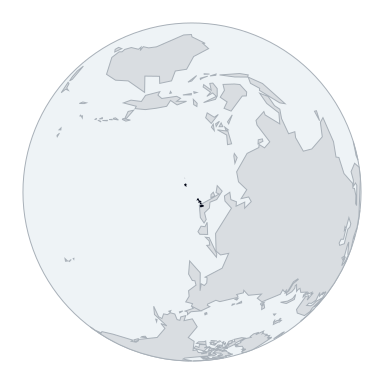 the Earth from above Tokyo, rotated 157°
{"feature_id": "JPN-1860", "entity_name": "Tokyo", "entity_type": "Metropolis", "adm_level": 1, "iso_a3": "JPN", "parent_name": "Japan", "parent_adm1": "", "projection": "orthographic", "projection_center": [140.896, 30.045], "detail": "fine", "context": "on_globe", "style": "filled", "palette": "ink", "viewbox_px": 384, "rotation_deg": 157, "n_neighbors": 0, "source": "natural_earth", "source_scale": "10m", "svg_char_len": 11400}
<svg xmlns="http://www.w3.org/2000/svg" viewBox="0 0 384 384"><g transform="rotate(157 192 192)"><circle cx="192" cy="192" r="169" fill="#eef3f6" stroke="#a8b0b8"/><path d="M294.4,295.6L294.4,296.4L294.2,296.6L294.4,295.6ZM333.6,99.8L331.1,97.1L335.5,102.8L338.4,107.6L337.1,105.8L335.4,102.9L330.6,97.7L329.5,98.7L320.4,92.1L304.3,78.7L306.3,78.3L302.2,75.6L299.5,76.0L298.7,77.1L280.9,71.7L270.2,77.0L272.0,83.1L267.5,78.6L274.4,93.9L271.9,101.8L271.5,90.3L269.1,87.2L265.8,90.9L262.5,88.7L259.1,89.3L255.5,86.4L255.6,80.4L253.3,78.6L251.1,81.4L246.1,80.7L249.6,76.7L241.3,75.1L239.9,65.9L252.3,59.5L248.4,53.7L253.0,45.7L249.4,44.8L248.9,41.8L244.7,39.7L246.7,39.3L241.5,38.1L240.5,39.0L237.8,38.8L235.2,37.8L237.4,36.9L239.0,37.3L238.3,36.5L240.5,36.6L237.9,36.0L240.8,35.3L234.1,34.6L233.2,32.9L236.2,32.9L240.9,34.7L259.4,40.7L263.9,42.0L265.5,41.7L258.1,36.7L260.9,37.8L261.1,37.8L271.9,43.1L282.4,49.2L292.3,56.1L301.8,63.6L310.7,71.7L319.0,80.5L326.6,89.9L333.6,99.8ZM257.0,36.0L255.8,35.6L248.6,32.9L247.6,33.0L244.5,32.2L241.4,31.9L236.5,30.2L233.5,28.7L235.8,29.0L234.5,28.5L228.0,27.1L228.1,26.9L242.7,30.8L257.0,36.0ZM334.9,180.4L333.5,177.1L335.5,177.7L334.9,180.4ZM331.9,176.0L332.6,176.9L331.8,176.4L331.9,176.0ZM330.9,176.3L331.6,176.1L330.9,176.7L330.9,176.3ZM329.6,177.1L330.3,176.5L330.2,176.7L329.6,177.1ZM327.3,177.2L326.6,177.1L327.1,176.2L327.3,177.2ZM298.8,78.0L299.8,76.3L303.4,77.0L303.0,78.6L298.8,78.0ZM291.4,77.5L290.9,75.8L295.5,78.3L294.4,78.5L291.4,77.5ZM274.0,88.3L275.3,86.3L275.1,89.1L274.0,88.3ZM259.2,89.9L259.9,91.3L257.8,91.1L259.2,89.9ZM244.3,33.0L242.9,32.5L244.2,32.8L244.3,33.0ZM244.3,33.5L246.8,34.2L247.1,34.6L245.6,34.1L244.3,33.5ZM250.4,86.6L246.9,86.1L250.5,85.6L250.4,86.6ZM241.1,32.6L247.5,35.2L248.0,35.9L242.6,34.9L241.1,32.6ZM244.9,85.1L236.4,84.4L237.1,87.2L230.3,79.1L239.8,82.2L244.1,80.9L243.0,83.2L244.9,85.1ZM241.3,39.7L242.3,38.7L243.8,40.5L241.3,39.7ZM242.9,40.9L251.5,47.5L248.7,48.7L246.4,46.1L244.7,48.7L239.1,46.1L238.8,44.0L241.7,43.7L237.3,43.0L242.9,40.9ZM227.9,74.9L225.8,74.0L228.0,73.8L227.9,74.9ZM236.9,38.9L238.9,40.0L236.6,41.1L232.2,39.1L234.3,39.4L236.9,38.9ZM247.0,50.9L244.5,51.5L239.3,49.5L237.6,49.5L238.7,46.1L247.0,50.9ZM233.5,38.6L230.0,38.2L228.7,36.8L234.8,38.0L233.5,38.6ZM237.8,42.2L236.5,42.7L235.8,41.8L237.8,42.2ZM222.1,32.4L224.6,33.3L223.6,33.9L222.1,32.4ZM228.8,38.1L229.3,38.6L229.1,39.0L226.6,38.5L228.8,38.1ZM235.0,45.1L233.3,44.2L234.2,46.3L230.4,45.1L231.8,43.1L229.6,43.5L228.4,43.2L230.9,42.0L235.0,45.1ZM223.7,39.3L224.2,36.8L219.9,34.8L220.7,34.1L227.4,37.6L223.7,39.3ZM227.7,41.0L225.4,39.8L227.5,39.4L230.4,40.0L227.7,41.0ZM227.2,45.1L232.8,47.4L232.3,47.8L227.2,45.1ZM222.0,38.8L222.0,39.4L221.5,38.6L222.0,38.8ZM225.2,43.1L227.2,43.9L226.6,44.3L225.2,43.1ZM220.1,40.2L220.3,39.3L222.2,39.6L220.1,40.2ZM222.1,41.6L220.7,42.0L222.8,40.3L223.1,41.8L222.1,41.6ZM224.3,43.4L224.5,43.9L223.5,43.1L224.3,43.4ZM212.6,39.8L214.8,37.5L219.1,38.1L216.4,40.1L212.6,39.8ZM56.0,91.7L53.5,95.4L60.9,87.4L67.5,77.9L73.5,71.7L72.2,75.3L67.2,84.7L69.4,82.7L76.7,73.5L79.8,72.9L79.7,70.3L76.6,73.4L76.5,72.0L79.3,69.2L80.3,68.9L83.0,65.7L77.7,68.5L73.9,72.0L78.4,66.9L74.1,70.9L84.9,61.3L96.5,52.6L108.8,44.9L121.7,38.4L121.8,38.4L118.3,40.2L124.2,38.2L123.2,39.1L120.0,39.9L115.9,41.7L108.0,47.5L108.2,48.0L112.7,46.5L109.9,48.6L115.3,46.3L113.6,49.6L120.1,44.0L125.6,42.8L127.8,44.0L130.8,42.8L127.2,40.9L124.6,41.1L120.6,42.8L114.8,43.5L116.3,42.1L126.8,38.1L130.0,35.9L136.8,34.3L142.4,39.4L141.7,43.0L128.2,51.4L124.9,50.9L128.2,47.5L119.7,51.8L123.0,50.9L120.7,52.8L125.4,52.7L124.0,54.2L130.8,51.9L129.6,53.6L125.3,55.0L131.1,57.1L130.2,61.1L132.2,60.9L134.6,59.6L131.9,65.9L133.5,65.5L135.0,63.2L139.1,61.2L145.4,60.2L144.1,62.4L141.7,63.0L134.7,68.1L128.4,69.9L128.5,70.7L133.7,69.7L142.2,63.5L146.4,62.3L142.7,65.3L144.4,64.1L146.0,64.3L146.5,66.6L150.6,63.4L170.6,63.6L173.4,68.7L167.9,70.9L180.5,74.9L182.7,81.3L184.1,79.1L191.0,80.2L190.4,78.1L191.6,77.2L209.2,80.2L212.3,83.0L221.5,82.7L222.2,81.7L220.4,79.5L230.3,79.1L237.1,87.2L235.1,89.0L240.7,93.3L235.4,97.1L233.7,102.5L224.7,104.7L224.0,109.2L226.3,110.4L227.2,117.8L221.1,129.5L216.0,114.4L223.2,97.9L219.4,103.9L217.2,101.1L214.0,102.5L211.6,107.1L213.2,108.5L194.0,110.1L182.2,121.2L190.3,122.9L192.9,128.2L186.5,144.6L162.0,161.7L165.2,170.8L163.7,175.7L157.3,177.0L159.2,169.8L154.9,165.7L157.0,161.7L147.4,162.1L149.9,156.5L141.2,160.0L141.8,165.3L149.4,166.7L140.7,172.7L145.2,183.2L143.0,193.2L126.2,206.0L113.1,206.8L111.7,209.5L108.0,204.3L100.8,207.8L106.0,228.2L105.1,232.9L94.4,238.0L94.6,234.4L84.6,220.4L81.1,230.9L88.6,244.3L91.1,256.5L84.6,250.2L82.3,239.2L78.8,233.9L80.9,224.5L80.3,207.9L73.8,207.3L75.4,201.5L73.6,186.1L64.9,184.8L50.5,191.9L46.6,206.0L42.4,209.3L42.1,183.0L45.8,167.9L43.3,166.4L44.9,149.6L40.8,137.1L42.4,132.6L41.1,131.8L42.6,124.5L45.9,117.5L45.8,115.2L37.7,133.7L38.0,136.4L41.3,134.2L38.8,139.9L37.6,148.6L31.1,154.9L28.5,149.4L31.9,138.2L48.9,102.3L50.4,100.0L50.6,99.7L51.1,99.1L48.9,102.3L53.0,96.0L44.6,109.5L56.0,91.7ZM26.8,156.5L26.7,161.8L25.9,165.2L23.9,175.4L26.8,156.5ZM58.2,100.8L57.6,107.1L64.3,98.5L64.7,100.4L66.8,97.0L64.8,97.9L71.0,89.3L73.2,90.3L76.5,87.5L76.9,85.2L72.0,84.9L63.1,96.9L60.4,98.0L58.2,100.8ZM134.6,33.1L142.6,30.6L140.2,31.5L140.0,31.4L137.5,32.3L136.4,32.5L125.2,36.8L134.6,33.1ZM170.3,25.2L174.2,25.0L163.9,27.2L161.4,27.2L165.7,25.7L171.1,25.0L170.3,25.2ZM230.2,30.7L232.4,31.3L231.8,31.4L229.4,31.1L230.2,30.7ZM223.3,32.7L220.1,28.7L222.4,29.0L217.7,26.9L222.0,27.0L224.9,28.3L224.7,27.1L229.0,28.3L228.2,27.5L234.2,30.4L238.1,31.9L232.1,30.1L228.1,29.9L227.5,30.2L228.7,32.4L235.1,35.8L232.1,36.5L228.3,36.1L226.3,35.4L228.9,35.1L224.4,34.3L226.6,33.4L223.3,32.7ZM185.3,36.7L189.1,35.7L180.4,36.0L182.6,34.2L181.4,34.4L181.1,33.0L178.6,31.7L180.3,31.0L178.6,30.8L178.3,30.1L176.6,29.6L179.0,28.5L177.1,28.0L179.3,27.8L175.3,27.3L179.4,27.2L179.4,26.5L175.4,26.9L192.9,23.8L197.0,23.3L198.3,23.2L205.1,23.6L208.3,24.3L208.8,25.5L203.8,26.2L207.8,26.5L206.6,27.0L204.0,26.6L207.3,27.7L205.6,28.1L206.1,30.4L212.0,32.3L212.3,33.4L209.1,32.9L211.7,34.4L205.9,34.3L206.0,35.2L200.5,36.2L194.3,35.1L194.9,36.2L190.7,37.3L185.3,36.7ZM210.9,39.9L203.1,38.5L200.4,36.9L211.2,35.9L211.9,35.1L218.7,34.8L222.4,37.2L220.2,37.0L218.8,37.4L218.2,36.5L217.6,37.5L214.5,37.4L213.2,38.2L211.0,37.5L210.9,39.9ZM119.2,40.5L118.3,41.2L117.0,41.8L116.1,41.9L119.2,40.5ZM160.0,38.9L162.6,38.1L163.0,38.5L168.9,38.3L167.8,39.8L163.8,40.5L160.0,38.9ZM60.3,87.4L59.6,87.6L61.0,85.8L61.0,86.0L60.3,87.4ZM159.7,40.5L162.2,40.2L160.1,41.2L159.7,40.5ZM167.2,40.9L165.2,42.1L168.3,40.0L167.2,40.9ZM129.8,293.7L134.8,295.6L134.6,296.1L129.8,293.7ZM124.5,290.1L130.1,291.8L123.7,291.2L124.5,290.1ZM132.2,292.5L137.9,292.7L140.3,292.3L140.0,293.5L132.2,292.5ZM120.9,289.0L101.8,282.4L94.5,277.8L96.0,276.1L107.7,281.2L120.9,289.0ZM95.4,275.8L84.7,264.3L71.8,236.9L76.4,239.8L90.2,259.2L89.2,261.0L95.7,269.2L95.4,275.8ZM122.4,272.9L121.4,278.9L110.7,274.8L105.9,272.2L102.6,262.7L104.4,259.2L108.3,260.7L124.4,251.2L129.8,256.5L124.5,261.2L129.0,268.2L122.4,272.9ZM46.7,207.8L47.7,218.5L45.7,218.2L46.7,207.8ZM131.9,242.7L124.8,247.3L131.6,240.4L131.9,242.7ZM136.6,235.5L136.5,239.0L134.3,235.0L136.6,235.5ZM110.6,214.2L106.5,213.4L106.9,211.0L112.4,210.5L110.6,214.2ZM141.3,201.6L139.4,208.8L138.0,210.9L137.0,206.0L141.3,201.6ZM153.6,55.9L146.7,54.2L141.0,54.6L136.6,57.2L139.8,53.1L148.7,52.5L153.6,55.9ZM168.6,62.2L172.4,60.5L172.8,62.0L172.0,62.7L168.6,62.2ZM169.5,60.6L170.4,57.0L173.8,56.6L172.4,59.4L169.5,60.6ZM164.7,47.8L162.7,47.1L164.5,46.3L164.7,47.8ZM258.1,342.5L261.3,342.1L256.9,345.0L250.3,348.2L242.8,350.3L258.1,342.5ZM203.0,353.8L200.6,351.4L208.4,351.1L207.0,353.3L203.0,353.8ZM262.9,339.8L266.7,336.7L266.1,333.8L268.1,336.0L273.6,334.5L263.2,341.4L262.9,339.8ZM168.0,339.5L138.3,339.8L131.0,337.2L131.4,334.8L121.8,323.7L124.0,324.6L120.7,317.5L137.5,316.1L149.0,307.1L160.1,309.9L167.4,302.3L179.3,304.6L176.7,311.2L190.1,317.1L196.7,302.2L207.3,319.2L218.7,324.8L224.7,333.7L213.2,347.2L204.4,349.5L201.6,348.4L198.2,349.5L191.4,348.7L185.5,344.3L182.2,345.3L184.4,342.4L180.1,344.8L175.6,341.6L168.0,339.5ZM254.3,315.3L256.7,315.5L261.1,317.5L257.3,317.5L254.3,315.3ZM288.5,300.4L290.1,301.2L287.5,302.2L288.5,300.4ZM294.2,296.6L291.0,298.0L294.4,295.6L294.2,296.6ZM264.1,305.0L265.4,305.8L264.5,306.3L264.1,305.0ZM263.1,304.8L264.1,303.0L264.2,304.6L263.1,304.8ZM250.9,297.1L252.1,296.2L252.8,296.8L250.9,297.1ZM142.2,297.4L148.9,294.3L152.8,294.7L142.2,297.4ZM248.8,295.4L245.5,295.5L245.8,294.5L248.8,295.4ZM248.8,293.3L248.3,292.0L250.7,294.9L248.8,293.3ZM242.3,290.7L246.5,292.8L241.9,291.0L242.3,290.7ZM240.0,291.1L237.1,290.1L237.3,289.7L240.0,291.1ZM209.8,292.7L220.3,300.8L212.3,300.4L203.2,295.1L197.0,299.1L182.4,296.9L185.5,294.5L183.3,289.9L168.8,286.1L165.9,282.7L170.8,281.5L161.6,277.6L171.7,278.0L176.0,284.7L181.8,280.8L192.3,283.1L202.8,286.1L211.8,291.0L209.8,292.7ZM172.2,291.2L173.9,291.4L172.5,293.0L172.2,291.2ZM231.6,287.0L235.8,289.8L235.4,290.5L233.4,290.1L231.6,287.0ZM213.7,290.1L223.1,285.6L225.4,285.7L219.3,291.1L213.7,290.1ZM220.6,282.3L225.2,283.1L227.7,285.9L226.8,286.6L220.6,282.3ZM151.5,282.0L151.2,283.6L148.6,281.7L151.5,282.0ZM154.7,281.7L162.5,284.9L154.1,282.9L154.7,281.7ZM132.2,270.5L134.3,275.1L141.0,274.2L135.9,276.6L140.7,284.3L139.3,286.3L134.5,278.2L133.2,285.0L130.3,284.1L128.4,277.4L131.3,270.5L134.2,268.1L146.4,269.8L132.2,270.5ZM154.6,276.8L152.6,271.7L154.1,268.8L156.3,271.8L154.6,276.8ZM147.1,258.9L142.3,252.1L137.5,253.1L147.5,247.6L150.4,255.0L147.1,258.9ZM143.6,245.5L139.1,246.4L144.1,242.9L143.6,245.5ZM138.2,244.2L138.1,240.1L141.5,241.5L138.2,244.2ZM145.9,246.3L147.5,239.8L148.8,244.1L145.9,246.3ZM137.8,230.9L144.3,239.3L135.2,234.0L136.7,220.9L140.8,221.7L137.8,230.9ZM172.5,183.5L172.6,179.5L176.8,179.5L175.5,182.2L172.5,183.5ZM190.4,177.0L177.9,178.2L167.9,179.6L170.1,182.0L166.3,188.0L163.9,181.0L172.2,175.4L179.5,175.6L182.2,170.5L188.6,168.0L189.7,161.1L193.0,158.8L194.3,165.2L190.4,177.0ZM189.9,158.2L194.2,146.8L201.3,150.0L202.0,153.2L197.0,157.0L193.6,155.0L189.9,158.2ZM197.3,145.1L194.0,143.3L193.4,125.3L195.0,122.4L199.3,137.1L196.4,136.2L195.3,140.3L197.3,145.1ZM225.6,75.3L225.8,74.1L227.0,75.4L225.6,75.3ZM191.1,76.1L193.0,75.0L194.3,76.4L191.1,76.1ZM198.7,73.0L195.9,72.2L199.4,72.1L198.7,73.0ZM189.6,70.6L195.1,71.4L189.1,72.0L189.6,70.6Z" fill="#d9dde1" stroke="#a8b0b8" stroke-width="1"/><path d="M189.5,175.5L189.4,175.6L189.4,175.8L189.1,175.8L189.0,175.7L188.7,175.6L188.6,175.8L188.6,176.0L188.6,175.9L188.4,175.8L188.4,175.7L188.2,175.7L187.9,175.5L187.7,175.5L187.5,175.3L187.4,175.2L187.3,174.9L187.5,174.8L188.1,175.0L188.4,175.2L188.5,175.2L188.9,175.2L189.0,175.1L189.3,175.1L189.5,175.1L189.6,175.3L189.6,175.5L189.5,175.5ZM188.4,178.0L188.5,178.1L188.5,178.3L188.4,178.3L188.3,178.2L188.4,178.0ZM189.3,182.9L189.4,183.0L189.5,183.0L189.4,183.1L189.2,183.0L189.2,182.9L189.3,182.9ZM188.6,180.1L188.8,180.1L188.7,180.2L188.6,180.1ZM195.4,202.0L195.2,201.8L195.3,201.8L195.4,202.0L195.4,202.0ZM188.0,179.2L188.1,179.3L188.0,179.2L188.0,179.2ZM193.2,207.5L193.3,207.5L193.2,207.5L193.2,207.5ZM195.4,200.7L195.5,200.7L195.5,200.8L195.4,200.8L195.4,200.7L195.5,200.8L195.5,200.7L195.4,200.7L195.4,200.7ZM188.9,180.7L188.9,180.8L188.8,180.7L188.9,180.7ZM195.4,200.5L195.4,200.4L195.4,200.5L195.4,200.5Z" fill="#0f172a" stroke="#020617" stroke-width="1.5"/></g></svg>